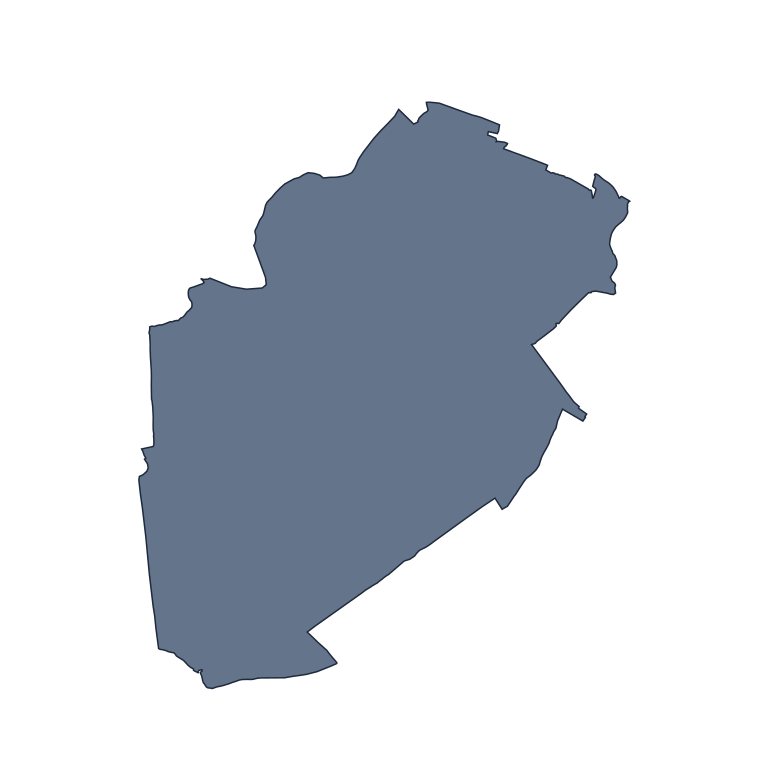 Isalnita, Dolj, Romania, rotated 166°
{"feature_id": "2599482B36519910274216", "entity_name": "Isalnita", "entity_type": "district", "adm_level": 2, "iso_a3": "ROU", "parent_name": "Romania", "parent_adm1": "Dolj", "projection": "mercator", "projection_center": [23.718, 44.394], "detail": "fine", "context": "isolated", "style": "filled", "palette": "slate", "viewbox_px": 768, "rotation_deg": 166, "n_neighbors": 0, "source": "geoboundaries", "source_scale": "gbopen_adm2", "svg_char_len": 6135}
<svg xmlns="http://www.w3.org/2000/svg" viewBox="0 0 768 768"><g transform="rotate(166 384 384)"><path d="M536.3,530.7L534.4,527.5L534.0,526.0L534.7,525.8L535.6,525.2L542.5,524.5L545.5,524.2L547.7,524.1L548.9,524.0L549.8,523.6L551.0,522.2L551.7,520.4L552.2,518.4L552.4,516.8L552.5,515.5L552.0,513.0L551.3,511.2L550.8,510.3L550.9,508.5L551.2,506.9L551.9,505.2L552.2,504.6L553.6,503.8L554.2,503.4L554.6,503.0L555.7,502.4L556.7,502.0L557.7,501.5L560.2,499.4L562.5,497.7L563.9,497.3L564.9,497.3L566.7,496.4L567.7,495.6L568.2,495.3L568.7,495.5L570.0,495.8L572.4,495.9L574.5,495.6L575.7,496.0L576.2,496.1L576.8,496.1L581.8,495.4L584.7,495.1L586.1,495.2L587.2,495.6L589.1,495.6L590.2,495.7L592.1,495.4L592.6,495.4L593.5,495.6L594.7,496.2L595.5,496.3L597.1,496.2L597.5,496.1L598.3,493.1L599.3,491.3L599.5,490.6L599.7,489.8L599.5,489.1L599.5,488.1L601.3,478.9L602.5,474.3L604.2,466.2L606.5,453.5L607.8,447.8L610.2,438.6L613.1,426.1L613.3,424.9L613.1,424.2L614.0,417.4L616.0,407.4L617.9,400.2L619.1,395.0L619.4,391.7L620.3,388.8L620.7,385.9L621.9,380.9L623.1,379.2L634.9,379.6L634.3,377.1L633.9,372.7L633.0,369.7L634.6,369.0L632.8,363.8L633.1,359.7L635.2,356.7L639.9,354.2L643.7,353.5L645.1,350.2L647.0,335.8L648.5,321.5L652.1,293.2L657.7,256.2L661.8,223.9L662.6,214.6L664.4,202.0L666.7,181.9L665.6,180.8L662.6,179.5L659.8,177.9L658.3,176.6L654.7,174.8L653.0,174.1L652.0,172.5L651.2,170.4L649.8,168.8L645.4,164.3L643.2,160.4L642.2,158.5L640.2,155.8L638.5,154.3L637.8,153.7L638.1,152.4L637.0,151.1L635.2,149.7L634.5,149.0L634.2,148.8L633.8,149.1L633.8,149.8L633.5,150.3L633.1,150.8L630.5,150.9L629.7,150.8L629.7,150.1L630.0,149.5L631.7,148.7L632.0,148.4L632.0,148.0L632.0,147.6L631.9,146.6L631.7,146.0L631.5,144.4L631.6,143.2L631.6,140.8L631.7,140.3L631.6,138.3L631.4,137.5L630.9,136.7L630.3,134.7L629.8,133.4L629.4,132.8L629.1,132.4L628.5,131.9L627.9,131.6L625.7,130.8L624.7,130.2L623.8,130.1L620.0,130.5L619.0,130.5L614.5,130.3L608.2,130.6L606.6,130.7L603.5,131.1L598.5,131.4L597.0,131.7L595.0,131.7L594.0,131.6L592.8,131.5L589.6,130.8L587.3,130.3L585.9,129.8L583.1,129.2L578.0,129.1L575.1,128.7L551.5,123.0L542.2,122.3L535.9,121.6L529.3,121.0L518.3,121.1L516.3,121.4L503.2,123.2L497.6,124.2L497.3,124.5L497.2,125.1L502.0,134.8L503.8,139.2L510.7,149.4L518.5,161.9L509.9,165.6L455.9,186.7L452.5,188.2L444.2,191.0L440.2,192.2L439.1,192.4L435.8,194.0L432.6,195.3L431.4,196.0L427.4,197.6L425.8,198.0L407.1,207.4L401.4,207.7L398.7,208.7L396.1,209.6L393.6,211.6L390.8,213.5L389.2,214.2L383.1,215.5L380.9,216.2L376.9,217.7L373.2,219.3L338.4,233.3L318.4,241.2L303.9,246.4L299.7,233.8L298.0,234.4L293.8,235.5L284.7,243.8L282.8,245.2L278.8,249.1L272.1,255.3L268.7,258.0L263.9,260.0L259.8,262.3L257.2,263.9L254.7,266.2L253.1,267.8L250.8,271.7L248.3,275.5L245.2,279.0L241.7,282.6L238.8,285.9L237.5,287.6L236.8,289.0L234.0,292.8L232.8,294.0L231.0,296.5L229.2,298.2L227.8,299.6L224.6,306.1L216.9,316.4L200.0,299.9L196.6,302.9L197.0,303.8L194.6,305.8L201.1,313.4L200.7,314.2L200.1,314.8L203.9,320.3L204.8,322.1L205.4,323.7L207.0,327.6L209.2,332.5L212.7,341.6L231.3,386.6L230.0,386.7L228.3,386.7L227.4,386.9L226.7,387.3L226.1,387.9L225.5,388.3L224.6,388.7L216.0,392.3L206.2,396.6L202.9,398.5L202.7,399.7L202.7,400.8L201.5,401.2L200.8,400.6L199.7,400.4L196.1,403.3L183.8,411.2L172.6,417.8L163.2,423.2L161.9,422.6L160.9,422.6L160.8,423.1L159.9,423.3L157.2,423.1L155.1,422.5L145.7,418.2L142.2,416.2L139.6,415.3L137.3,416.2L137.1,418.2L136.9,420.7L136.3,422.7L135.5,423.7L135.6,425.2L136.0,426.3L136.8,427.5L137.6,428.1L138.2,430.6L138.2,431.8L138.6,432.8L130.6,440.7L129.3,443.0L128.6,445.9L128.4,447.2L128.4,448.3L128.6,449.4L128.9,452.2L129.1,453.0L129.4,453.6L130.2,454.9L130.3,455.3L130.4,456.2L130.4,457.6L130.5,458.1L130.9,460.0L131.2,462.6L131.3,463.4L131.3,464.2L131.2,465.3L130.5,467.3L129.1,470.7L127.3,474.0L126.5,475.3L125.8,476.1L124.9,477.1L121.8,479.9L120.7,480.7L118.4,481.9L115.0,483.5L112.2,485.0L111.4,485.6L109.3,487.5L106.5,490.7L105.9,492.1L105.6,494.0L105.5,494.9L105.2,496.2L104.6,497.7L104.2,499.8L103.4,500.6L102.6,501.7L102.4,501.9L101.7,501.7L101.3,501.9L102.3,503.0L105.4,506.0L106.6,507.1L107.2,507.9L108.3,508.6L109.1,508.4L109.8,507.5L110.2,507.4L110.7,507.3L110.9,507.4L111.0,507.7L111.1,508.1L111.1,509.5L111.7,511.8L111.9,513.2L112.2,514.3L112.5,515.6L113.5,518.1L113.9,519.3L114.7,520.8L115.5,522.0L117.1,524.4L118.0,525.4L121.0,528.6L122.5,530.5L124.8,533.9L125.5,534.8L127.1,536.2L127.4,536.4L127.9,536.6L128.5,536.6L129.0,536.1L129.2,535.9L129.1,535.6L128.7,534.3L131.3,529.9L133.7,525.3L132.9,524.1L132.2,523.4L131.6,522.7L131.4,522.3L131.4,521.3L131.7,520.5L135.6,514.4L136.2,513.9L136.6,513.9L136.2,518.4L136.1,521.2L136.2,521.9L136.7,522.3L137.9,522.3L138.2,522.9L138.5,523.7L153.6,538.1L156.6,540.1L157.2,540.2L158.0,540.5L158.6,541.9L159.6,542.5L162.1,543.9L163.1,544.2L163.5,544.4L163.9,545.0L165.3,545.9L166.4,546.0L167.0,546.3L167.2,546.6L167.3,547.1L168.4,547.7L169.2,548.2L170.7,548.2L171.2,548.6L172.1,549.6L174.1,551.5L175.2,552.6L172.4,556.6L173.9,557.8L187.1,567.1L211.0,583.3L210.5,584.2L209.7,584.7L207.8,585.6L206.5,586.7L206.0,587.5L208.5,589.4L213.5,591.4L214.9,591.8L216.4,592.0L215.8,592.6L216.0,594.2L216.0,595.3L217.2,596.3L223.2,600.6L221.7,603.6L214.1,599.9L213.5,599.5L211.7,601.6L209.2,607.5L219.9,615.3L225.4,619.2L229.3,621.5L232.9,623.4L247.2,632.9L262.2,643.0L265.6,644.3L271.9,646.5L274.8,647.0L275.0,644.8L274.9,640.1L275.1,639.4L275.5,638.4L277.1,637.7L279.7,637.0L282.7,635.4L285.7,633.5L286.4,632.3L287.5,631.2L287.6,630.1L292.3,629.0L303.3,646.9L305.8,644.4L308.7,641.3L317.3,635.8L326.6,630.1L334.4,624.8L343.1,617.9L347.8,614.2L352.4,610.0L354.9,607.5L357.5,603.7L360.4,600.0L364.2,596.8L368.4,595.8L373.5,595.6L380.3,596.2L386.9,597.7L393.1,598.6L395.7,602.2L400.8,605.3L406.6,607.4L411.6,606.5L416.3,604.9L421.7,604.8L431.9,602.1L437.4,599.2L443.2,595.6L447.5,592.4L453.3,588.8L455.6,586.2L459.3,579.1L460.9,576.6L464.9,573.1L468.9,567.7L471.9,564.2L472.4,562.7L472.5,558.5L473.6,554.5L475.4,551.4L476.8,550.0L473.2,516.2L474.2,508.9L478.9,506.6L494.6,509.3L508.5,515.3L527.3,528.8L529.5,528.3L533.8,529.1L536.3,530.7Z" fill="#64748b" stroke="#1e293b" stroke-width="1.5"/></g></svg>